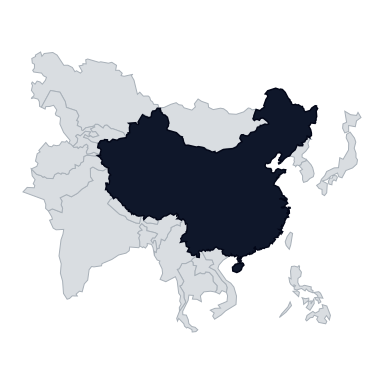 China highlighted among its neighbors
{"feature_id": "CHN", "entity_name": "China", "entity_type": "country or territory", "adm_level": 0, "iso_a3": "CHN", "parent_name": "Asia", "parent_adm1": "", "projection": "albers", "projection_center": [106.815, 35.887], "detail": "fine", "context": "with_neighbors", "style": "filled", "palette": "ink", "viewbox_px": 384, "rotation_deg": 0, "n_neighbors": 20, "source": "natural_earth", "source_scale": "50m", "svg_char_len": 18711}
<svg xmlns="http://www.w3.org/2000/svg" viewBox="0 0 384 384"><path d="M159.0,107.8L155.8,110.6L153.0,110.5L151.8,115.5L149.4,117.3L143.1,114.1L138.5,122.4L129.2,123.2L130.0,132.7L127.2,133.3L126.7,136.2L124.7,134.9L123.5,132.6L112.7,128.7L111.2,128.8L107.0,125.1L104.7,125.4L103.1,128.1L98.0,124.4L95.5,124.3L94.0,126.1L85.8,127.8L82.9,130.6L81.6,130.1L81.5,127.5L77.2,125.5L78.2,121.3L76.5,120.6L78.8,115.9L76.3,110.7L66.4,107.4L65.3,101.7L60.0,92.2L50.5,90.5L41.4,107.2L39.6,106.4L39.3,101.6L37.9,99.1L33.7,97.9L31.5,98.5L31.9,97.4L33.8,96.0L34.1,94.1L31.4,90.4L32.5,85.6L31.5,83.4L32.3,82.0L35.0,84.2L37.1,81.1L40.1,82.0L42.3,84.2L45.4,80.3L46.5,77.3L43.4,75.7L41.6,73.1L33.7,72.0L32.7,70.3L34.4,68.3L34.5,64.3L32.3,63.0L31.8,58.5L35.6,56.5L35.4,55.1L40.6,52.0L41.9,56.3L44.2,53.5L52.8,52.5L57.1,55.1L63.8,65.3L67.9,65.2L72.4,67.5L74.9,71.7L76.5,70.8L80.4,73.1L82.2,71.3L79.1,65.9L82.9,65.1L82.9,63.7L86.2,63.9L85.7,59.8L87.7,59.0L98.9,62.3L100.7,61.8L108.5,63.2L111.8,62.3L116.5,65.3L115.6,70.3L119.1,70.3L122.2,73.2L121.1,75.6L124.1,76.3L132.9,74.3L131.3,75.5L134.0,80.2L137.4,94.3L139.8,92.2L143.3,96.1L148.2,96.0L149.7,97.3L150.6,100.4L152.6,101.9L153.6,104.3L157.9,104.5L159.0,107.8Z" fill="#d9dde1" stroke="#a8b0b8" stroke-width="1"/><path d="M41.4,107.2L50.5,90.5L60.0,92.2L65.3,101.7L66.4,107.4L76.3,110.7L78.8,115.9L76.5,120.6L78.2,121.3L77.2,125.5L81.5,127.5L81.6,130.1L82.9,130.6L85.8,127.8L94.0,126.1L94.8,127.0L90.7,129.0L92.6,131.8L95.6,131.5L98.8,135.6L93.0,137.4L89.0,135.5L89.0,134.0L90.6,132.0L85.4,131.3L80.3,135.9L77.5,134.5L75.7,136.2L77.8,138.5L77.2,142.3L73.1,146.4L68.8,143.3L70.1,140.4L63.6,132.4L59.9,124.0L60.5,118.4L59.8,117.0L56.1,115.4L55.3,113.8L56.8,110.0L53.6,105.3L49.5,106.5L45.8,106.6L45.1,109.1L41.4,107.2Z" fill="#d9dde1" stroke="#a8b0b8" stroke-width="1"/><path d="M215.3,292.0L210.5,291.2L203.9,291.9L200.4,295.8L201.4,301.7L196.9,299.3L192.4,299.1L193.4,295.4L188.9,295.1L188.1,300.4L182.7,311.3L182.8,314.7L186.3,315.1L188.2,319.6L188.9,323.7L191.8,326.5L195.1,327.3L197.8,329.8L195.9,331.6L192.2,332.0L191.9,329.6L187.6,327.3L186.6,328.0L184.5,326.1L183.8,323.7L178.7,318.4L177.5,321.1L176.7,318.4L179.5,311.1L185.7,302.2L184.0,297.7L183.9,292.7L179.8,286.0L181.6,285.3L183.8,281.2L177.2,269.4L179.3,268.7L182.0,263.5L185.5,263.6L191.3,260.7L193.2,262.3L193.3,265.3L196.6,265.8L195.1,270.9L195.0,275.4L200.3,272.7L201.8,273.6L204.7,273.6L205.7,271.9L209.4,272.4L213.1,276.5L213.3,281.4L217.3,285.7L217.0,289.8L215.3,292.0Z" fill="#d9dde1" stroke="#a8b0b8" stroke-width="1"/><path d="M226.4,292.4L221.9,290.6L219.5,294.0L215.3,292.0L217.0,289.8L217.3,285.7L213.3,281.4L213.1,276.5L209.4,272.4L205.7,271.9L204.7,273.6L201.8,273.6L200.3,272.7L195.0,275.4L195.1,270.9L196.6,265.8L193.3,265.3L193.2,262.3L191.3,260.7L192.4,258.9L196.7,255.9L197.0,257.1L199.6,257.3L199.1,251.6L201.6,250.9L206.2,259.7L212.1,259.9L213.8,264.3L210.7,265.5L209.3,267.3L215.1,270.4L222.2,280.7L226.0,284.1L227.3,287.5L226.4,292.4Z" fill="#d9dde1" stroke="#a8b0b8" stroke-width="1"/><path d="M191.3,260.7L185.5,263.6L182.0,263.5L179.3,268.7L177.2,269.4L183.8,281.2L181.6,285.3L179.8,286.0L183.9,292.7L184.0,297.7L185.7,302.2L179.5,311.1L179.3,307.6L181.2,304.1L179.7,301.1L180.6,295.9L178.7,293.2L177.2,281.0L175.4,276.7L165.8,281.7L160.1,279.4L162.6,273.6L162.1,268.9L159.1,262.7L159.9,261.0L157.2,260.0L154.4,255.5L154.6,251.4L156.2,252.4L156.8,248.9L159.3,248.0L159.1,245.8L160.3,244.2L161.2,239.1L164.7,240.7L167.2,236.8L167.8,234.4L170.8,230.4L171.0,227.5L177.1,224.6L180.2,225.9L180.2,222.7L181.8,221.9L181.7,220.0L184.3,219.8L185.5,223.0L187.3,224.3L186.6,232.4L181.9,236.3L180.8,242.2L185.8,241.8L186.5,246.6L189.4,247.8L187.7,251.8L193.1,255.0L196.6,253.8L196.7,255.9L192.4,258.9L191.3,260.7Z" fill="#d9dde1" stroke="#a8b0b8" stroke-width="1"/><path d="M210.3,310.2L215.0,308.3L220.5,308.1L218.2,305.1L227.0,301.4L227.6,295.7L226.4,292.4L227.3,287.5L226.0,284.1L222.2,280.7L215.1,270.4L209.3,267.3L210.7,265.5L213.8,264.3L212.1,259.9L206.2,259.7L201.6,250.9L204.2,249.8L212.5,249.5L216.6,246.9L218.8,248.8L223.1,249.8L222.3,252.7L224.6,254.7L229.4,256.0L223.0,260.3L219.0,265.0L217.9,268.5L226.2,280.2L230.8,283.2L233.9,287.1L236.5,296.0L236.0,304.5L225.6,310.9L221.3,314.9L214.6,319.2L212.7,316.1L214.2,313.0L210.3,310.2Z" fill="#d9dde1" stroke="#a8b0b8" stroke-width="1"/><path d="M307.4,136.1L311.2,139.3L309.7,139.3L307.9,143.3L308.9,146.9L305.7,151.3L302.1,154.4L302.1,157.3L306.4,159.5L306.1,160.9L301.9,162.4L300.9,164.9L299.0,165.6L297.0,165.0L295.6,166.7L295.3,165.8L293.0,164.9L294.5,161.7L294.0,160.8L294.4,157.9L294.0,157.1L289.7,155.9L292.1,152.1L295.7,148.6L297.5,144.5L299.5,145.7L302.7,145.2L301.6,142.7L306.7,139.3L307.4,136.1Z" fill="#d9dde1" stroke="#a8b0b8" stroke-width="1"/><path d="M299.0,165.6L300.9,164.9L301.9,162.4L306.1,160.9L306.4,159.5L311.0,164.7L312.7,167.8L314.1,173.6L313.3,176.7L309.9,178.5L307.1,181.3L303.6,182.4L302.6,179.8L302.6,175.8L299.8,170.9L302.5,169.4L299.0,165.6Z" fill="#d9dde1" stroke="#a8b0b8" stroke-width="1"/><path d="M160.4,107.7L164.0,107.5L170.9,104.3L176.2,102.7L178.8,104.7L182.1,105.2L184.0,107.8L191.9,110.1L195.4,106.9L194.4,103.8L198.1,99.0L201.5,101.3L208.1,103.6L208.6,107.3L213.2,109.6L220.5,108.2L223.7,108.8L227.0,111.2L229.0,113.8L236.3,114.3L243.7,111.9L248.3,108.0L250.3,108.4L252.1,109.9L256.0,109.2L252.9,118.3L253.9,120.3L255.8,119.5L259.2,119.9L261.6,117.8L264.5,119.1L268.0,122.2L267.9,124.1L265.1,123.8L260.2,125.1L257.9,126.8L255.7,130.4L250.5,132.8L247.1,135.8L241.4,134.6L239.7,138.0L241.6,141.6L236.7,146.3L232.4,148.2L226.9,148.5L221.0,150.3L216.6,153.0L215.0,151.4L210.5,151.2L205.2,147.9L201.6,146.9L196.7,147.3L185.2,145.2L183.4,142.0L182.3,137.1L180.1,136.2L176.3,132.5L167.6,129.7L166.7,127.3L169.0,121.6L167.3,117.2L162.9,114.5L160.6,111.3L160.4,107.7Z" fill="#d9dde1" stroke="#a8b0b8" stroke-width="1"/><path d="M181.7,220.0L181.8,221.9L180.2,222.7L180.2,225.9L177.1,224.6L171.0,227.5L170.8,230.4L167.8,234.4L167.2,236.8L164.7,240.7L161.2,239.1L160.3,244.2L159.1,245.8L159.3,248.0L156.8,248.9L155.5,240.6L154.2,240.4L153.0,243.5L150.9,240.5L152.7,237.9L154.8,237.9L157.5,234.0L155.1,232.7L146.7,230.7L146.9,227.2L144.8,226.5L141.7,223.7L139.4,226.8L142.2,230.1L139.0,231.4L137.7,233.1L140.2,234.9L138.9,237.8L139.8,241.8L139.8,246.0L138.8,247.7L129.7,247.0L129.2,250.7L126.1,253.1L118.6,255.0L111.9,259.4L102.0,263.6L101.5,265.8L93.9,266.9L91.6,266.5L89.1,269.7L87.7,280.1L84.3,283.9L82.2,291.8L79.4,291.2L76.1,294.1L77.3,296.0L72.2,295.9L69.5,298.5L67.1,299.2L63.5,293.5L62.6,281.2L60.4,273.2L61.2,263.9L59.0,256.0L61.0,239.8L63.0,234.1L63.7,229.4L56.1,229.8L53.2,228.1L49.6,220.2L52.4,219.3L51.8,216.9L48.3,210.9L52.4,208.9L61.9,212.6L62.6,208.2L61.1,204.9L62.0,201.0L60.1,197.8L66.6,194.6L71.3,196.8L77.5,193.3L81.8,189.2L87.4,185.7L88.5,182.2L92.9,180.5L90.5,177.0L90.3,168.5L92.9,167.0L98.4,170.1L103.0,170.8L108.0,167.8L110.5,174.8L108.9,178.8L109.8,181.8L108.9,184.3L106.2,182.8L105.8,188.6L113.7,197.9L110.5,199.4L107.6,203.6L119.6,214.3L125.4,216.3L127.3,219.4L135.7,222.9L139.4,223.5L141.1,216.2L143.9,215.6L143.5,220.7L147.1,223.3L150.1,223.0L157.4,224.3L158.2,221.3L156.6,219.4L160.2,219.3L164.7,216.1L170.2,213.5L173.7,215.2L177.0,213.3L178.7,216.7L177.0,218.7L181.7,220.0Z" fill="#d9dde1" stroke="#a8b0b8" stroke-width="1"/><path d="M156.8,248.9L156.2,252.4L154.6,251.4L154.4,255.5L153.0,247.6L151.5,244.4L147.2,243.5L147.3,245.6L145.4,248.1L143.6,246.8L142.7,247.6L139.8,246.0L139.8,241.8L138.9,237.8L140.2,234.9L137.7,233.1L139.0,231.4L142.2,230.1L139.4,226.8L141.7,223.7L144.8,226.5L146.9,227.2L146.7,230.7L155.1,232.7L157.5,234.0L154.8,237.9L152.7,237.9L150.9,240.5L153.0,243.5L154.2,240.4L155.5,240.6L156.8,248.9Z" fill="#d9dde1" stroke="#a8b0b8" stroke-width="1"/><path d="M154.9,217.7L158.2,221.3L157.4,224.3L150.1,223.0L147.1,223.3L143.5,220.7L143.5,219.7L147.1,216.4L149.7,215.6L154.9,217.7Z" fill="#d9dde1" stroke="#a8b0b8" stroke-width="1"/><path d="M141.1,216.2L139.4,223.5L135.7,222.9L127.3,219.4L125.4,216.3L119.6,214.3L107.6,203.6L110.5,199.4L115.8,197.1L118.7,199.5L122.2,203.8L124.4,205.1L125.3,207.8L128.4,209.6L131.4,212.5L141.1,216.2Z" fill="#d9dde1" stroke="#a8b0b8" stroke-width="1"/><path d="M108.0,167.8L103.0,170.8L98.4,170.1L92.9,167.0L90.3,168.5L90.5,177.0L92.9,180.5L88.5,182.2L87.4,185.7L81.8,189.2L77.5,193.3L71.3,196.8L66.6,194.6L60.1,197.8L62.0,201.0L61.1,204.9L62.6,208.2L61.9,212.6L52.4,208.9L48.3,210.9L45.6,208.4L45.8,204.5L44.0,199.6L23.0,191.9L27.2,187.4L34.2,187.8L34.8,185.5L33.2,183.8L35.1,179.7L32.2,175.8L31.3,168.9L36.7,174.4L41.0,175.6L43.1,177.3L44.3,176.6L46.9,178.3L52.9,178.6L54.8,174.6L58.1,172.8L61.1,174.1L62.0,172.9L65.3,173.5L66.6,174.5L68.6,173.8L69.6,170.8L72.4,168.6L75.3,168.3L75.0,164.5L78.6,166.1L80.3,164.7L80.9,162.8L83.5,161.5L83.8,156.5L86.8,155.2L100.3,156.5L102.3,159.7L102.3,163.8L108.0,167.8Z" fill="#d9dde1" stroke="#a8b0b8" stroke-width="1"/><path d="M68.8,143.3L70.8,144.2L74.0,147.4L77.3,146.9L78.2,148.4L80.2,146.6L82.4,147.6L84.3,145.3L86.5,144.2L88.1,146.0L87.2,147.4L88.2,148.0L86.3,152.0L87.2,154.1L90.7,153.6L93.8,152.3L100.1,154.8L100.3,156.5L86.8,155.2L83.8,156.5L83.5,161.5L80.9,162.8L80.3,164.7L78.6,166.1L75.0,164.5L75.3,168.3L72.4,168.6L69.6,170.8L68.6,173.8L66.6,174.5L65.3,173.5L62.0,172.9L61.1,174.1L58.1,172.8L54.8,174.6L52.9,178.6L46.9,178.3L44.3,176.6L43.1,177.3L41.0,175.6L36.7,174.4L31.3,168.9L36.8,166.4L38.0,163.3L35.5,161.1L37.2,153.7L40.1,151.9L38.8,150.5L45.8,142.5L48.7,146.1L51.8,146.8L53.5,145.0L56.7,145.7L59.4,145.2L61.8,141.7L65.3,142.1L66.6,140.7L68.8,143.3Z" fill="#d9dde1" stroke="#a8b0b8" stroke-width="1"/><path d="M73.1,146.4L77.2,142.3L77.8,138.5L75.7,136.2L77.5,134.5L80.3,135.9L85.4,131.3L90.6,132.0L89.0,134.0L89.0,135.5L90.5,135.9L88.6,136.9L85.1,134.7L83.6,137.3L87.7,138.4L91.5,141.6L98.6,143.3L98.0,148.2L99.4,148.1L101.2,150.0L100.1,154.8L93.8,152.3L90.7,153.6L87.2,154.1L86.3,152.0L88.2,148.0L87.2,147.4L88.1,146.0L86.5,144.2L84.3,145.3L82.4,147.6L80.2,146.6L78.2,148.4L77.3,146.9L74.0,147.4L73.1,146.4Z" fill="#d9dde1" stroke="#a8b0b8" stroke-width="1"/><path d="M94.0,126.1L95.5,124.3L98.0,124.4L103.1,128.1L104.7,125.4L107.0,125.1L111.2,128.8L112.7,128.7L123.5,132.6L124.7,134.9L126.7,136.2L125.9,137.2L119.5,138.3L117.7,139.9L112.9,139.1L110.6,141.8L106.9,140.0L104.1,140.1L99.9,141.3L100.0,142.6L98.6,143.3L91.5,141.6L87.7,138.4L83.6,137.3L85.1,134.7L88.6,136.9L90.5,135.9L93.0,137.4L98.8,135.6L95.6,131.5L92.6,131.8L90.7,129.0L94.8,127.0L94.0,126.1Z" fill="#d9dde1" stroke="#a8b0b8" stroke-width="1"/><path d="M292.6,233.4L290.7,245.0L289.3,249.3L286.2,245.5L285.2,241.8L287.2,236.5L290.3,232.2L292.6,233.4Z" fill="#d9dde1" stroke="#a8b0b8" stroke-width="1"/><path d="M298.6,296.6L293.0,291.3L297.4,290.9L299.4,292.3L298.6,296.6ZM306.2,307.5L308.2,304.6L308.3,301.6L311.2,300.8L310.9,304.1L313.9,298.9L314.2,303.5L310.0,310.3L306.2,307.5ZM326.8,306.0L330.4,315.3L329.4,319.9L326.5,315.6L324.5,318.4L326.8,321.4L325.7,323.8L318.8,322.4L316.7,319.3L318.0,316.8L314.2,315.2L312.8,317.4L310.3,317.7L306.7,320.9L305.6,319.7L307.1,315.4L312.9,311.4L315.1,313.1L318.9,311.2L319.4,308.9L323.1,308.1L322.2,304.6L326.8,306.0ZM286.0,312.2L279.4,317.5L281.6,313.9L287.9,306.9L290.1,301.9L291.5,305.6L286.0,312.2ZM299.6,266.7L299.1,268.9L301.4,272.1L300.7,276.4L298.0,278.4L297.8,282.5L299.5,286.1L302.3,286.2L304.4,285.3L311.2,286.9L311.1,289.6L313.0,290.5L312.9,292.8L308.5,291.1L306.2,288.9L305.1,290.9L301.5,288.5L296.9,289.9L294.2,289.2L294.2,287.2L295.6,285.7L294.0,284.8L293.6,286.7L290.7,284.2L289.7,282.2L288.9,277.6L291.1,278.9L290.5,271.2L291.5,266.5L294.5,266.1L297.7,267.1L299.0,265.6L299.6,266.7ZM303.2,299.8L302.1,297.7L305.4,298.7L308.7,298.1L308.9,300.1L303.7,304.4L303.2,299.8ZM320.5,293.2L322.9,298.2L318.7,297.7L320.9,301.9L318.6,303.4L317.8,300.2L316.2,300.2L314.9,297.5L318.0,297.3L317.6,295.5L313.8,292.5L318.7,291.7L320.5,293.2Z" fill="#d9dde1" stroke="#a8b0b8" stroke-width="1"/><path d="M355.8,142.1L354.2,148.2L356.0,153.2L356.0,157.6L357.5,159.8L356.8,164.0L352.6,167.9L345.9,170.5L342.0,177.8L338.8,176.7L337.5,173.0L331.0,176.1L326.9,179.7L322.2,181.0L327.3,183.6L326.7,192.8L324.5,195.6L322.1,194.1L322.0,189.4L319.1,188.5L316.6,185.4L320.1,183.0L321.4,179.3L324.7,175.7L326.7,171.5L334.1,167.9L338.5,167.7L339.8,157.7L343.1,159.3L348.5,150.0L348.7,143.2L346.2,137.9L346.6,134.3L350.1,132.1L354.5,138.1L355.8,142.1ZM356.5,115.4L358.0,112.4L361.0,117.5L356.5,120.8L355.3,126.7L348.6,125.5L348.7,131.4L344.8,132.9L342.6,128.2L343.0,123.9L346.6,122.3L344.8,111.2L350.6,114.7L356.5,115.4ZM328.3,181.7L329.8,178.1L332.2,178.1L333.2,175.5L336.4,175.8L337.4,177.3L336.0,181.0L333.9,179.8L332.2,181.6L331.9,184.8L328.9,184.0L328.3,181.7Z" fill="#d9dde1" stroke="#a8b0b8" stroke-width="1"/><path d="M229.0,256.2L228.0,255.5L226.0,255.8L224.2,254.2L222.8,253.9L222.2,251.3L223.3,249.9L220.4,248.9L218.9,249.1L216.3,246.9L214.4,248.0L213.5,249.5L212.0,250.1L211.0,249.6L210.0,250.9L208.5,249.6L207.9,250.6L207.0,249.6L205.4,251.2L203.1,249.6L201.4,251.4L199.4,250.7L198.5,251.9L199.4,254.1L199.2,257.4L196.9,257.1L196.3,254.2L193.9,255.5L191.8,255.3L190.9,252.5L187.4,251.6L189.3,247.7L186.4,246.3L185.8,242.6L186.6,241.6L183.7,241.4L180.6,242.2L181.5,240.6L180.8,238.5L181.9,237.4L182.4,235.5L186.5,232.7L186.2,231.6L186.8,231.1L187.2,228.5L187.2,224.0L186.3,223.5L185.6,224.0L185.0,220.9L183.2,218.9L182.7,218.8L181.6,220.2L178.6,218.6L177.1,218.7L178.6,217.1L178.2,215.5L176.8,216.1L176.8,215.2L177.9,214.5L176.6,213.3L173.6,215.1L170.4,213.3L166.3,215.8L164.0,216.0L161.0,218.4L161.0,219.1L157.8,219.8L156.3,219.4L156.5,218.6L155.0,217.6L153.8,217.9L149.2,215.5L147.1,216.3L143.9,219.6L143.5,218.5L144.2,216.1L143.4,215.5L138.8,216.1L136.7,215.6L134.7,213.8L133.7,214.4L132.7,213.3L131.8,214.2L130.9,212.0L128.5,211.3L129.0,210.0L127.4,209.8L125.3,207.5L125.2,205.8L122.9,205.5L121.6,202.9L118.2,199.7L117.8,198.2L115.2,197.4L113.6,198.6L112.3,196.2L110.4,194.9L110.6,193.8L107.8,191.6L107.1,189.5L105.6,189.6L106.4,186.4L105.8,183.2L107.2,183.1L107.7,184.6L109.1,184.2L109.7,180.8L108.9,178.8L109.3,176.1L110.7,175.0L108.5,172.4L108.3,169.2L108.8,168.1L105.2,166.6L103.7,165.2L103.6,164.3L102.1,164.2L101.4,162.7L102.2,161.2L102.1,159.7L100.7,158.7L100.7,157.8L97.4,155.5L100.6,155.2L100.1,153.8L101.2,149.8L99.5,147.9L98.4,148.1L97.7,147.5L98.5,143.2L99.7,142.9L99.8,141.7L100.8,140.7L104.3,140.4L104.5,139.6L107.4,139.8L107.3,141.5L109.7,142.0L112.8,139.3L117.3,140.4L118.6,139.2L120.2,138.6L126.2,137.7L126.8,134.6L128.4,133.9L128.1,132.9L129.7,132.7L129.4,127.7L130.0,125.4L130.7,124.7L128.8,123.3L135.7,122.7L136.3,123.8L138.2,124.5L138.9,123.1L138.1,122.0L142.5,114.7L145.5,116.6L147.7,117.1L148.0,117.9L150.6,117.2L151.3,116.4L151.6,113.0L152.6,111.2L155.6,110.7L157.3,108.2L160.4,108.4L160.5,109.2L159.9,109.7L160.8,110.8L160.4,111.5L162.0,112.7L162.1,113.5L163.4,114.9L164.9,115.0L167.4,117.3L168.9,123.2L168.3,124.7L168.4,125.9L166.8,128.3L167.3,130.1L176.4,132.7L180.2,136.3L182.4,136.9L182.2,138.1L182.9,138.6L183.7,142.2L185.3,145.3L188.3,145.2L196.5,147.1L198.4,146.6L203.9,147.7L206.3,149.8L209.6,150.7L212.0,152.1L214.9,151.5L214.9,152.6L216.7,153.0L223.3,149.5L232.8,148.6L236.6,146.8L238.7,143.8L242.0,141.7L239.9,138.4L240.6,136.0L241.5,134.8L243.3,134.7L244.4,135.5L247.6,136.1L249.3,134.8L250.8,132.5L254.7,131.8L256.4,130.2L257.4,127.3L260.0,126.7L260.3,125.5L261.4,125.7L265.0,124.1L266.8,124.6L268.6,124.1L268.6,123.1L267.7,121.7L263.1,118.0L260.6,118.3L259.4,120.2L257.3,119.3L255.5,119.5L254.5,120.5L253.4,119.6L253.0,118.3L253.8,117.7L253.8,116.0L256.1,109.5L260.1,110.6L261.9,108.8L264.4,107.3L264.5,106.2L263.8,105.7L266.0,99.4L267.8,96.7L267.2,94.4L265.2,93.9L267.7,90.8L275.7,88.2L279.7,89.6L280.5,89.1L282.4,89.5L285.2,92.4L288.2,98.2L289.9,99.8L290.3,101.6L291.3,102.1L291.6,104.1L293.3,104.9L295.5,104.3L296.9,105.1L298.3,104.7L301.2,106.6L302.4,106.5L302.7,107.8L303.8,108.9L304.0,110.5L305.3,111.9L310.1,110.5L311.8,108.0L315.2,105.7L316.5,105.9L316.5,107.2L317.6,108.5L316.2,111.0L316.7,116.5L316.0,118.6L316.1,120.1L315.4,120.8L315.6,122.7L315.1,123.4L311.0,122.9L310.1,124.9L308.7,126.0L310.6,129.6L311.4,133.1L311.4,135.6L309.3,137.0L309.9,137.4L309.9,137.9L308.6,137.1L308.4,136.4L307.1,136.1L307.0,139.1L305.7,139.6L304.7,141.8L301.6,142.7L302.9,144.4L302.6,145.7L298.9,145.7L297.8,144.6L297.1,145.1L295.2,149.7L291.5,152.8L289.7,155.9L287.4,156.5L284.6,158.5L281.8,161.8L280.7,162.2L280.7,162.9L278.9,163.9L278.5,163.0L280.6,161.7L280.3,161.1L280.9,160.2L278.8,160.5L278.7,159.7L279.6,159.0L279.4,158.0L280.4,157.3L281.7,154.2L279.7,152.0L279.4,152.8L277.3,152.8L275.2,156.6L271.4,159.6L270.2,162.7L267.7,163.6L266.6,162.9L265.7,163.5L265.0,165.8L265.6,167.2L267.1,168.3L270.8,168.6L271.6,170.3L271.3,172.2L272.7,173.0L274.6,172.7L276.1,169.8L278.0,168.7L281.7,170.1L283.3,169.5L285.7,169.8L285.2,171.7L285.5,172.2L284.9,172.9L283.2,172.5L280.0,174.8L279.1,174.8L279.5,175.8L278.8,176.0L278.7,177.5L277.8,178.0L277.4,177.2L276.9,177.4L276.6,177.9L277.4,178.5L274.5,182.4L273.7,184.9L278.6,187.2L281.9,193.3L282.1,195.2L284.3,196.1L285.0,197.4L286.8,198.5L287.0,199.4L286.6,199.5L284.8,199.0L283.2,199.1L281.1,198.2L279.2,199.3L282.0,198.7L282.4,199.5L286.5,201.5L287.4,202.7L287.7,203.4L285.9,204.4L283.9,206.7L282.0,207.0L281.0,207.9L282.3,207.4L283.0,208.2L285.5,207.0L287.6,208.4L289.4,208.6L287.2,211.0L288.7,210.0L289.2,210.6L289.3,212.5L288.3,212.0L287.2,212.8L288.4,213.6L287.8,213.8L288.4,214.1L287.7,215.3L288.6,217.0L287.1,217.5L286.5,217.1L285.9,218.7L285.0,218.9L285.5,219.5L284.6,221.2L284.8,222.1L282.8,226.3L282.1,226.6L281.7,225.4L281.3,226.1L280.7,225.8L282.3,228.0L280.6,229.6L279.1,229.5L280.1,230.2L281.4,229.8L281.8,232.9L279.7,232.8L280.3,233.9L279.0,234.2L278.8,235.6L277.6,236.2L277.9,237.3L275.3,237.6L274.2,238.5L275.3,239.5L273.6,241.8L272.8,241.9L272.5,243.2L272.1,242.6L271.2,243.4L270.4,243.1L268.7,246.8L264.8,247.7L264.2,248.4L262.8,248.0L261.3,249.2L260.3,248.5L259.9,249.7L257.4,250.0L255.4,248.4L255.3,247.0L254.8,247.2L254.0,248.2L255.2,249.7L255.3,251.6L253.4,252.5L253.1,251.8L252.6,253.4L250.9,254.1L249.7,253.2L249.5,254.4L247.8,253.9L246.3,255.5L243.5,255.8L241.4,257.4L240.6,256.8L239.5,258.8L240.5,259.3L240.3,260.2L241.3,260.9L240.5,262.0L238.3,261.8L238.7,261.3L237.1,259.0L238.3,256.2L236.6,255.2L236.5,255.9L234.6,256.6L234.4,255.7L232.8,255.6L231.4,254.2L231.5,255.6L230.7,255.3L229.0,256.2ZM243.2,263.5L243.9,265.1L242.1,267.0L241.3,269.7L239.5,271.3L236.8,272.5L232.8,271.0L232.5,267.2L235.4,264.9L234.9,264.8L235.3,264.3L239.7,263.3L241.7,263.6L242.0,262.8L243.2,263.5ZM287.2,200.5L285.7,200.4L284.2,199.3L285.3,199.4L287.2,200.5ZM290.2,208.0L289.0,208.0L288.7,207.3L290.1,207.5L290.2,208.0ZM282.6,231.7L282.1,232.6L282.1,231.6L282.6,231.7ZM240.1,258.5L241.2,258.1L241.1,258.7L240.1,258.5Z" fill="#0f172a" stroke="#020617" stroke-width="1.5"/></svg>